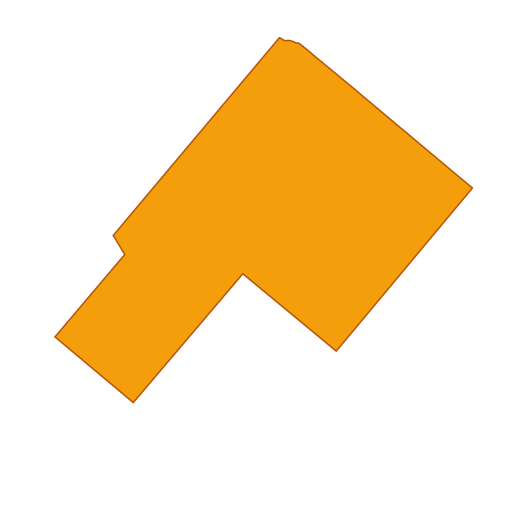 the district of Grant, South Dakota, United States of America, rotated 310°
{"feature_id": "52423323B32271032546928", "entity_name": "Grant", "entity_type": "district", "adm_level": 2, "iso_a3": "USA", "parent_name": "United States of America", "parent_adm1": "South Dakota", "projection": "mercator", "projection_center": [-96.565, 45.152], "detail": "fine", "context": "isolated", "style": "filled", "palette": "amber", "viewbox_px": 512, "rotation_deg": 310, "n_neighbors": 0, "source": "geoboundaries", "source_scale": "gbopen_adm2", "svg_char_len": 541}
<svg xmlns="http://www.w3.org/2000/svg" viewBox="0 0 512 512"><g transform="rotate(310 256 256)"><path d="M447.2,378.1L447.1,332.8L447.2,327.4L447.1,326.4L447.1,296.8L447.2,295.9L447.0,276.6L447.1,275.7L447.1,237.5L447.2,220.3L447.2,219.1L447.1,216.2L446.8,174.1L446.8,163.3L446.7,153.6L446.2,151.2L444.8,149.7L444.4,147.0L442.3,142.6L440.0,140.2L439.3,139.2L439.0,137.9L438.7,134.8L438.2,133.6L180.0,133.4L172.8,154.5L64.8,154.0L64.8,256.2L233.9,257.3L234.7,378.6L447.2,378.1Z" fill="#f59e0b" stroke="#b45309" stroke-width="1.5"/></g></svg>